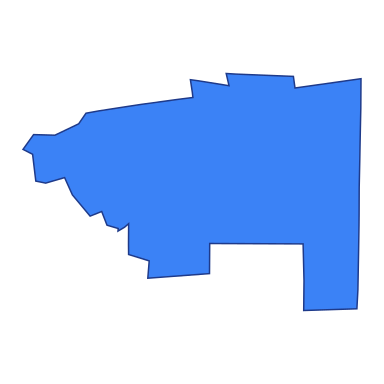 Tolland, Connecticut, United States of America, rotated 90°
{"feature_id": "52423323B70359204193032", "entity_name": "Tolland", "entity_type": "district", "adm_level": 2, "iso_a3": "USA", "parent_name": "United States of America", "parent_adm1": "Connecticut", "projection": "mercator", "projection_center": [-72.337, 41.811], "detail": "fine", "context": "isolated", "style": "filled", "palette": "blue", "viewbox_px": 384, "rotation_deg": 90, "n_neighbors": 0, "source": "geoboundaries", "source_scale": "gbopen_adm2", "svg_char_len": 765}
<svg xmlns="http://www.w3.org/2000/svg" viewBox="0 0 384 384"><g transform="rotate(90 192 192)"><path d="M78.7,23.0L88.0,89.0L76.4,90.6L74.1,147.9L73.5,157.8L85.7,155.0L80.8,185.6L79.7,193.6L92.2,191.7L97.5,191.1L98.9,202.3L99.6,207.8L104.3,242.2L106.4,256.1L110.9,285.2L113.2,298.0L123.8,305.3L135.2,329.1L134.6,350.4L149.4,361.0L154.3,351.4L181.1,348.2L183.1,338.3L177.6,319.4L194.9,311.6L216.1,293.9L211.5,282.3L225.2,277.0L228.5,265.8L231.1,266.0L227.2,259.4L223.7,255.4L229.6,255.4L244.2,255.5L254.5,255.4L260.9,234.8L278.2,236.2L273.6,174.5L243.5,174.3L243.9,80.9L280.8,80.0L310.5,80.3L308.8,27.1L289.8,26.1L250.6,25.4L225.5,25.0L213.6,24.9L187.3,24.8L159.1,24.2L141.9,23.9L108.4,23.2L78.7,23.0Z" fill="#3b82f6" stroke="#1e3a8a" stroke-width="1.5"/></g></svg>